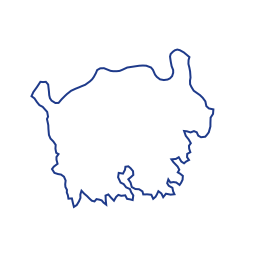 Santa Maria da Serra, São Paulo, Brazil, rotated 154°
{"feature_id": "56859067B48466471181583", "entity_name": "Santa Maria da Serra", "entity_type": "district", "adm_level": 2, "iso_a3": "BRA", "parent_name": "Brazil", "parent_adm1": "São Paulo", "projection": "mercator", "projection_center": [-48.153, -22.565], "detail": "fine", "context": "isolated", "style": "outline", "palette": "blue", "viewbox_px": 256, "rotation_deg": 154, "n_neighbors": 0, "source": "geoboundaries", "source_scale": "gbopen_adm2", "svg_char_len": 2635}
<svg xmlns="http://www.w3.org/2000/svg" viewBox="0 0 256 256"><g transform="rotate(154 128 128)"><path d="M186.5,207.9L191.9,204.7L197.3,201.8L200.8,198.9L199.1,195.7L198.5,191.3L197.6,187.4L195.4,184.4L193.6,177.9L194.9,173.2L196.9,171.6L197.7,168.3L198.4,165.5L199.9,162.1L202.1,156.4L202.3,152.5L201.0,148.6L200.4,144.5L202.3,141.2L203.4,137.2L201.9,135.0L205.0,133.3L206.2,130.8L207.0,126.7L211.6,125.8L214.3,124.4L213.8,119.9L211.1,117.3L208.6,115.5L206.9,112.3L207.1,108.1L209.1,105.0L210.1,102.4L210.0,99.2L211.3,96.8L211.5,94.0L212.5,90.6L209.3,89.3L210.4,84.7L211.2,80.8L207.9,81.2L204.3,83.5L201.4,86.0L200.0,89.1L197.3,92.0L196.2,88.3L194.6,84.6L193.6,81.5L192.4,78.5L190.3,76.7L187.5,77.9L185.2,76.2L183.4,74.5L182.7,71.7L181.2,68.7L179.8,72.5L177.8,77.1L174.8,76.9L173.9,73.2L172.5,68.8L168.8,71.3L166.0,72.1L163.8,70.0L160.0,68.7L159.9,64.7L157.6,63.1L155.4,61.2L152.8,65.1L153.3,68.8L153.0,72.2L155.7,75.5L156.5,79.5L158.6,82.2L158.5,88.1L156.0,91.7L152.5,89.2L149.0,91.8L147.3,94.3L144.5,93.4L143.3,90.7L142.4,87.0L143.8,83.5L147.2,82.5L150.2,81.8L149.6,77.9L150.5,73.3L148.1,69.9L144.9,68.1L142.8,64.7L143.4,61.6L139.7,59.9L136.3,57.8L136.4,53.3L133.4,54.1L131.2,55.6L128.4,57.9L126.7,54.5L126.7,50.4L122.7,52.3L118.9,49.4L115.3,48.1L115.2,51.3L114.3,54.8L116.7,58.2L117.0,61.2L114.3,64.1L113.8,60.4L110.9,59.5L108.5,57.9L106.6,54.2L104.3,55.5L101.6,57.6L99.7,60.9L101.2,64.1L102.7,66.3L100.2,68.0L100.3,71.6L101.3,74.7L102.2,77.5L102.7,80.8L98.5,79.2L95.2,79.5L94.8,74.5L93.1,71.7L90.5,72.4L87.2,72.5L87.7,75.9L86.1,78.8L82.6,78.9L82.1,82.6L81.0,85.3L78.2,86.8L78.5,91.2L79.5,95.6L78.9,100.7L76.5,99.2L73.7,96.6L70.1,96.3L68.1,94.0L68.2,90.3L66.4,87.7L62.4,86.3L60.0,87.3L57.3,88.7L53.3,93.2L51.5,96.8L49.2,101.1L45.4,103.4L43.1,107.3L46.7,110.1L48.0,113.3L46.8,118.0L47.6,122.4L48.9,126.0L50.9,129.6L52.6,132.7L53.0,136.9L53.0,140.1L51.5,143.4L49.7,145.9L47.4,151.6L46.4,155.3L45.6,159.1L43.8,162.5L41.7,164.8L44.7,171.5L47.3,175.2L49.3,176.9L51.8,177.3L54.1,176.9L57.2,175.8L58.9,173.8L59.8,171.1L60.6,168.5L61.7,164.4L62.0,160.3L63.2,157.8L65.6,155.3L68.5,154.2L71.2,154.2L74.8,155.4L77.9,157.7L79.7,161.3L80.3,164.1L80.1,169.4L80.8,172.3L84.3,176.0L87.2,177.6L90.5,179.0L93.3,179.9L102.2,182.7L107.6,182.8L110.5,183.0L113.0,183.9L116.5,185.6L118.6,187.0L123.4,192.3L126.8,193.8L130.3,193.6L132.8,191.4L136.3,188.9L138.9,187.5L141.8,186.6L147.5,185.6L151.6,185.9L154.0,186.0L157.9,186.3L162.8,186.4L167.9,185.3L170.5,184.5L175.1,182.9L179.4,181.0L182.3,182.3L184.7,186.1L185.1,189.0L184.4,192.1L183.2,195.1L180.7,202.1L181.6,205.5L184.2,206.5L186.5,207.9Z" fill="none" stroke="#1e3a8a" stroke-width="2"/></g></svg>